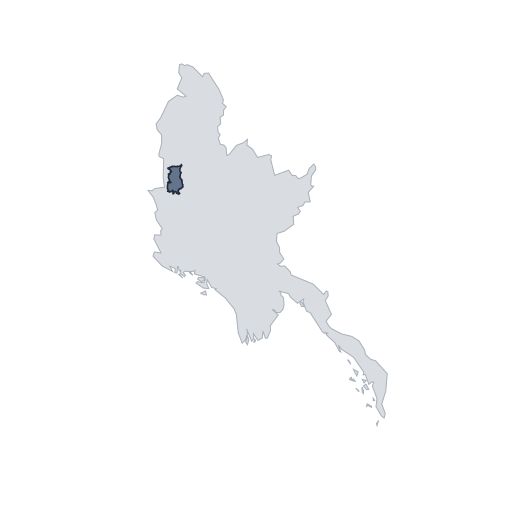 Mawlaik, Sagaing, Myanmar (highlighted), rotated 334°
{"feature_id": "60261553B47097675193132", "entity_name": "Mawlaik", "entity_type": "district", "adm_level": 2, "iso_a3": "MMR", "parent_name": "Myanmar", "parent_adm1": "Sagaing", "projection": "orthographic", "projection_center": [94.742, 23.948], "detail": "fine", "context": "in_parent", "style": "filled", "palette": "slate", "viewbox_px": 512, "rotation_deg": 334, "n_neighbors": 0, "source": "geoboundaries", "source_scale": "gbopen_adm2", "svg_char_len": 8272}
<svg xmlns="http://www.w3.org/2000/svg" viewBox="0 0 512 512"><g transform="rotate(334 256 256)"><path d="M328.5,231.1L323.6,228.9L320.2,231.2L314.7,230.5L315.4,235.2L312.4,236.9L306.9,236.6L303.8,244.0L292.4,246.1L284.9,245.0L280.9,251.5L280.8,258.8L278.8,263.3L279.7,270.9L274.9,273.0L271.9,272.6L273.6,276.0L277.5,277.5L279.9,285.3L279.2,288.4L295.0,306.2L300.0,320.3L303.7,318.2L304.9,319.7L303.4,323.5L298.7,326.5L298.2,341.5L290.4,345.3L290.7,350.3L291.7,353.9L298.9,363.7L306.8,370.2L311.3,377.4L312.4,387.9L311.3,392.4L313.5,398.7L317.6,402.7L322.4,419.3L313.4,434.3L304.1,444.2L303.1,454.4L300.1,457.8L298.6,454.7L297.8,444.0L302.3,437.2L303.5,424.0L306.4,421.1L304.8,419.9L301.2,420.9L302.3,410.2L300.2,409.9L301.9,407.6L299.4,389.9L292.1,377.6L291.0,372.2L290.1,379.5L289.2,378.1L288.8,368.3L284.6,357.6L285.0,356.6L286.9,357.5L285.1,355.1L283.7,355.7L282.4,353.1L279.9,330.8L277.2,327.7L278.1,318.0L280.0,315.5L272.6,316.7L269.0,308.6L268.7,304.1L261.2,297.5L262.5,299.6L261.2,301.8L262.5,305.6L259.5,312.7L256.5,316.0L252.5,317.4L249.3,315.4L248.5,311.7L247.3,311.6L250.2,318.7L238.3,324.9L236.5,329.2L230.3,334.8L228.4,334.1L229.4,326.5L225.7,332.5L220.7,332.7L219.7,324.7L217.6,329.4L214.7,330.8L215.6,317.4L214.8,321.3L210.0,326.6L205.4,328.3L206.4,317.3L212.7,299.8L213.2,294.1L209.9,280.1L204.4,268.3L206.0,268.1L202.3,264.7L201.8,256.0L199.6,259.1L199.3,264.6L194.6,261.7L190.2,254.1L192.0,253.4L197.2,257.1L200.1,255.1L200.8,252.6L192.8,245.1L194.8,242.1L192.2,242.1L185.3,238.5L183.3,239.1L184.2,242.3L182.7,243.2L180.1,238.3L182.1,236.0L180.4,235.9L181.5,231.6L180.9,231.0L177.6,236.6L175.7,235.3L177.8,232.4L177.0,230.8L174.1,227.4L174.3,233.4L167.3,223.9L163.3,211.0L166.5,207.8L172.0,211.7L171.7,195.9L174.1,192.6L179.8,195.5L181.4,191.5L183.7,190.5L182.3,179.6L184.1,172.7L187.9,171.5L188.8,165.9L189.4,158.3L187.7,149.7L191.1,151.8L194.9,151.1L203.9,154.0L207.3,144.1L215.7,128.0L212.6,124.3L213.2,122.0L220.5,113.5L224.2,105.9L222.6,99.1L224.1,93.5L230.8,90.0L245.1,78.7L255.7,77.0L260.2,81.3L263.2,81.7L258.5,71.3L267.4,63.3L267.0,57.1L271.1,50.5L273.4,50.7L275.7,53.9L278.0,53.8L282.2,58.5L286.5,71.5L289.5,69.1L293.5,70.8L295.8,90.2L295.1,101.5L292.8,104.2L294.7,108.8L291.0,110.5L288.5,115.1L284.6,115.5L282.1,121.8L278.3,122.8L276.3,127.7L276.9,131.3L273.8,133.5L272.9,139.8L275.7,142.2L276.6,145.6L273.8,152.7L276.3,153.0L286.9,148.0L294.4,148.7L299.5,147.4L296.4,152.3L299.7,158.5L300.6,168.1L312.0,170.4L313.9,172.8L311.5,175.9L308.1,191.6L323.0,193.2L323.7,199.2L327.0,201.2L327.5,204.5L329.6,205.5L337.6,205.0L342.2,200.7L348.2,198.7L348.7,202.1L347.4,204.7L340.9,208.4L336.6,215.7L336.3,217.3L338.5,218.6L330.8,221.8L328.5,231.1ZM194.9,250.0L199.7,252.9L198.8,255.0L195.7,255.1L193.4,251.3L194.9,250.0ZM293.9,400.6L297.1,405.0L294.0,408.0L293.9,400.6ZM194.3,269.3L191.7,267.6L190.0,265.2L195.4,265.3L194.3,269.3ZM298.7,419.5L298.9,425.3L296.9,424.7L295.5,419.9L298.7,419.5ZM212.7,328.3L209.4,332.0L208.9,328.8L213.4,324.2L212.7,328.3ZM276.9,322.5L274.9,321.4L274.6,318.0L276.1,317.0L277.4,318.6L276.9,322.5ZM292.2,426.8L291.8,424.8L293.9,420.1L293.6,424.2L292.2,426.8ZM291.2,437.6L294.0,441.9L293.5,442.7L291.0,439.4L289.3,439.7L291.2,437.6ZM300.5,416.1L297.6,417.5L297.4,413.4L300.5,416.1ZM294.1,457.6L290.4,461.5L290.8,459.4L294.1,457.6ZM179.2,239.0L180.5,243.8L178.3,238.1L179.2,239.0ZM293.8,391.4L293.7,395.0L292.7,389.2L293.8,391.4ZM190.3,242.5L190.7,245.6L188.6,241.2L190.3,242.5ZM290.2,412.2L288.0,410.4L288.8,409.1L289.9,409.4L290.2,412.2ZM288.6,407.0L287.3,409.5L285.9,408.0L287.0,407.0L288.6,407.0ZM289.1,421.3L289.2,423.4L287.6,418.6L289.1,421.3ZM217.8,332.7L216.3,332.6L218.3,330.2L218.5,331.1L217.8,332.7ZM299.4,437.8L298.0,437.4L299.0,435.1L299.4,437.8Z" fill="#d9dde1" stroke="#a8b0b8" stroke-width="1"/><path d="M213.3,143.9L213.1,144.2L213.1,144.5L212.9,144.9L212.6,145.6L212.5,145.9L212.5,146.0L212.3,146.1L212.2,146.1L211.9,146.6L211.7,146.9L211.6,147.0L211.6,147.3L211.6,147.9L211.5,148.3L211.4,148.8L211.5,148.9L211.6,149.0L211.4,149.3L211.3,149.5L211.4,149.8L211.3,150.1L211.3,150.6L211.5,151.0L211.5,151.3L211.3,151.3L211.4,151.5L211.2,152.2L211.4,152.4L211.5,152.6L211.2,152.6L210.8,152.5L210.7,152.4L210.6,152.2L210.4,151.9L210.2,151.9L210.0,152.0L209.8,152.1L209.7,152.0L209.7,151.8L209.8,151.6L209.9,151.4L210.0,151.3L210.0,151.2L209.8,151.0L209.5,151.3L209.1,151.2L208.8,151.4L208.8,151.9L208.4,152.4L208.3,152.7L208.0,153.0L207.7,153.4L207.6,153.6L207.4,153.7L207.3,154.0L207.1,154.3L207.1,154.5L206.6,155.2L206.6,155.5L206.3,155.7L206.2,155.9L206.0,156.9L205.9,156.9L205.9,157.0L205.9,157.4L205.9,157.5L206.0,157.6L206.0,157.8L205.9,157.9L205.5,158.7L205.4,158.8L205.4,159.0L205.1,159.2L205.4,159.4L205.7,159.5L205.9,159.6L206.2,159.6L206.2,159.8L206.0,160.1L206.0,160.4L206.2,160.6L206.3,160.6L206.5,160.5L206.7,160.4L207.0,160.7L207.5,160.9L207.6,161.0L207.8,161.0L208.1,160.9L208.3,161.0L208.8,160.8L208.9,160.7L209.6,160.7L209.8,160.6L210.0,160.5L210.1,160.8L210.0,161.1L210.0,161.7L210.0,161.8L209.9,162.0L209.5,162.2L209.4,162.3L209.2,162.6L209.2,162.8L209.0,163.0L208.6,163.5L208.9,163.7L209.0,163.4L209.3,163.1L209.6,162.8L209.9,163.4L210.5,162.7L210.8,162.7L211.2,162.7L211.4,162.6L211.8,162.7L212.0,162.9L212.1,163.2L212.1,163.4L212.1,163.6L212.2,163.8L212.4,163.9L212.3,164.1L212.2,164.3L212.3,164.4L212.2,164.6L212.4,164.6L212.5,164.7L212.5,164.9L212.6,165.1L212.8,165.2L213.0,165.3L213.0,165.5L212.9,165.6L213.0,165.7L213.2,165.8L213.4,165.9L213.5,166.0L213.6,166.3L213.7,166.6L214.0,166.5L214.1,166.4L214.4,166.4L214.5,166.1L214.8,166.1L214.6,165.5L214.5,164.6L214.5,164.3L214.3,163.9L214.5,163.8L214.6,163.6L214.7,163.3L214.7,163.2L214.8,163.1L214.9,162.8L215.0,162.7L215.3,162.6L215.5,162.6L215.4,162.6L215.5,162.5L215.8,162.7L216.0,162.5L216.1,162.4L216.1,162.2L216.3,162.0L216.6,162.0L216.9,162.1L217.1,162.3L217.3,162.2L217.6,162.4L217.8,162.3L217.9,162.5L218.0,162.4L218.6,162.4L218.8,162.2L219.0,162.1L219.5,162.0L219.9,161.9L220.1,162.1L220.3,162.0L220.5,162.0L220.7,161.8L220.7,161.7L220.8,161.0L220.9,160.8L221.0,160.7L221.0,160.4L221.2,160.2L221.4,160.2L221.5,160.1L221.5,159.7L221.4,159.6L221.3,159.4L221.5,158.4L221.6,158.2L221.7,157.9L221.7,157.7L221.8,157.4L222.0,157.3L222.1,157.2L222.0,156.8L221.9,156.7L222.0,156.3L222.2,156.2L222.3,156.0L222.6,155.8L222.6,155.6L222.6,155.4L222.7,155.2L222.8,155.0L222.7,154.9L222.5,154.7L222.3,154.8L222.1,154.5L222.1,154.2L222.2,153.9L222.3,153.7L222.4,153.4L222.5,153.0L222.4,152.9L222.1,152.7L222.1,152.3L222.0,152.2L222.0,151.9L222.1,151.6L222.2,151.4L222.3,151.5L222.5,151.3L222.7,151.1L222.8,150.9L223.0,150.9L223.2,150.6L223.4,150.0L223.5,149.9L223.6,149.7L223.7,149.4L223.8,149.3L224.0,149.3L224.4,149.1L224.6,148.8L225.3,148.1L225.2,148.0L225.1,147.7L224.9,147.7L224.8,147.8L224.8,147.4L224.8,147.1L224.8,146.4L225.0,145.9L225.2,145.5L225.2,145.4L225.5,145.1L225.6,144.9L225.8,144.5L225.8,144.3L226.4,143.8L226.7,143.6L226.9,143.3L227.1,143.3L227.3,143.1L227.7,142.9L227.9,142.7L228.0,142.6L228.0,142.4L228.4,142.4L228.6,142.4L228.9,142.1L229.0,142.0L229.0,141.8L229.0,141.7L228.9,141.8L228.8,142.0L228.7,141.9L228.7,142.0L228.1,142.0L227.7,142.1L227.4,142.3L227.3,142.2L227.2,142.2L227.0,141.8L227.0,141.7L226.6,141.7L226.2,141.6L225.7,141.5L225.5,141.4L225.4,141.3L225.2,141.1L224.7,140.9L224.5,141.0L224.5,140.9L224.2,140.9L223.8,140.8L223.6,140.6L223.4,140.7L223.2,140.6L222.9,140.5L222.9,140.4L222.7,140.2L222.4,140.0L222.2,139.8L222.1,139.7L221.9,139.6L221.7,139.5L221.7,139.4L221.4,139.4L221.2,139.4L220.9,139.4L220.6,139.1L220.5,138.9L220.4,138.9L220.3,138.7L220.0,138.6L219.9,138.6L219.9,138.8L219.6,139.0L219.2,139.0L218.8,138.7L218.6,138.7L218.3,138.6L218.0,138.5L217.5,138.5L217.4,138.9L217.4,139.0L217.2,139.1L217.0,139.3L216.9,138.9L216.7,138.8L216.3,139.0L216.2,139.0L215.9,138.7L215.9,138.4L215.6,138.3L215.3,138.5L215.2,138.9L215.5,139.5L215.9,139.9L216.0,140.2L216.3,140.5L216.4,140.9L216.6,141.0L216.7,141.3L216.7,141.5L216.6,142.0L216.9,142.2L217.0,142.4L217.1,142.7L217.1,142.9L216.9,143.1L216.4,143.3L216.0,143.2L215.9,143.0L215.8,142.9L215.7,142.9L215.6,143.0L215.4,143.5L215.2,143.7L215.3,143.8L215.2,143.9L215.0,144.0L214.9,144.1L214.7,144.3L214.7,144.6L214.2,144.7L214.0,144.4L213.9,144.5L213.8,144.4L213.7,144.3L213.7,144.2L213.3,143.9Z" fill="#64748b" stroke="#1e293b" stroke-width="1.5"/></g></svg>